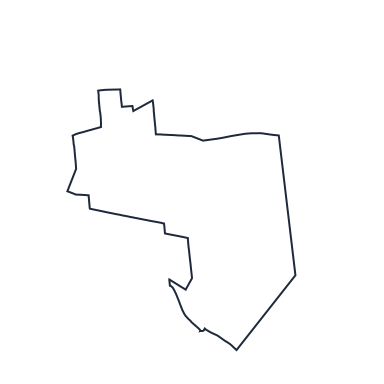 Comuna 9, Ciudad de Buenos Aires, Argentina, rotated 221°
{"feature_id": "61730980B27244915898287", "entity_name": "Comuna 9", "entity_type": "district", "adm_level": 2, "iso_a3": "ARG", "parent_name": "Argentina", "parent_adm1": "Ciudad de Buenos Aires", "projection": "mercator", "projection_center": [-58.49, -34.654], "detail": "fine", "context": "isolated", "style": "outline", "palette": "slate", "viewbox_px": 384, "rotation_deg": 221, "n_neighbors": 0, "source": "geoboundaries", "source_scale": "gbopen_adm2", "svg_char_len": 3886}
<svg xmlns="http://www.w3.org/2000/svg" viewBox="0 0 384 384"><g transform="rotate(221 192 192)"><path d="M163.6,291.6L163.9,291.4L164.1,291.3L164.2,291.2L165.7,290.1L166.2,289.8L167.5,288.8L171.3,286.3L171.9,285.9L173.5,284.9L175.0,283.9L177.4,282.4L178.2,281.8L179.0,281.2L179.6,280.7L180.8,279.6L182.1,278.4L184.1,276.7L185.6,275.4L190.2,270.7L190.7,270.1L196.1,263.6L199.0,260.1L199.6,259.3L203.0,254.9L204.0,253.6L204.8,252.6L205.6,251.6L206.3,250.8L207.0,249.9L208.7,247.8L209.3,247.2L212.9,243.1L217.3,238.1L217.7,237.9L221.6,236.5L224.1,235.6L224.4,235.5L229.1,233.8L229.6,233.4L231.4,232.0L231.9,231.6L232.7,231.0L236.2,228.3L239.7,225.5L243.3,222.8L246.8,220.0L249.1,218.2L250.3,217.2L251.2,216.5L251.8,216.1L253.1,215.1L253.9,214.5L254.2,214.2L254.5,214.0L254.9,213.6L257.1,211.8L258.7,213.4L259.2,213.9L260.7,215.3L261.4,216.1L264.0,218.5L268.6,222.9L269.3,223.5L271.5,225.7L271.7,225.8L272.8,226.9L274.2,228.2L274.7,228.8L275.1,229.3L277.4,231.4L280.0,233.8L281.5,235.1L281.8,235.3L283.8,229.9L286.6,222.2L288.8,216.3L289.4,214.6L289.9,215.0L291.2,216.0L292.2,216.8L292.9,217.4L292.9,217.5L293.4,217.8L300.8,210.3L302.7,212.1L304.0,213.3L304.6,213.8L306.0,215.1L306.3,215.4L306.8,215.9L308.2,217.2L308.5,217.5L310.5,219.4L311.3,220.2L311.8,220.6L312.0,220.9L313.4,222.2L313.5,222.3L314.9,221.0L322.9,213.7L323.3,213.3L324.3,212.4L324.4,212.2L324.7,212.0L325.8,210.8L328.1,208.4L329.3,206.9L327.3,205.1L326.5,204.4L325.8,203.7L325.1,202.9L324.5,202.2L322.9,200.5L322.3,199.9L321.0,198.6L320.9,198.6L320.8,198.4L319.6,197.3L317.0,194.8L316.4,194.4L316.1,193.9L315.4,193.3L312.9,191.3L311.2,189.7L309.6,188.2L308.6,187.2L308.0,186.5L305.9,184.3L305.6,184.0L305.3,183.7L304.9,183.0L303.5,181.6L303.4,181.5L303.3,181.4L304.1,180.1L306.2,176.9L307.5,175.0L308.1,174.0L308.5,173.5L308.8,172.9L310.2,170.9L313.6,165.6L315.6,162.8L317.7,159.3L319.1,156.2L318.9,156.0L318.4,155.7L317.5,155.0L314.7,152.4L312.5,150.3L311.8,149.8L310.9,149.2L309.6,147.9L308.9,147.3L304.6,143.1L304.0,142.5L299.5,138.3L294.6,133.4L294.4,132.8L292.0,126.1L291.8,125.4L291.6,125.0L290.2,121.0L289.9,120.2L288.5,116.2L286.8,111.6L286.5,110.8L282.2,112.4L277.9,113.9L274.3,116.8L270.8,119.5L267.8,121.7L267.0,120.8L265.1,119.0L261.9,115.9L258.9,113.0L258.1,112.4L252.2,115.7L250.8,116.5L249.2,117.4L246.7,118.8L245.6,119.4L241.1,121.9L237.1,124.2L234.4,125.7L233.3,126.4L231.6,127.4L230.8,127.8L229.9,128.3L228.6,129.0L225.1,131.1L221.8,132.9L220.9,133.5L218.2,135.0L215.0,136.9L214.7,137.0L212.3,138.4L212.0,138.6L211.3,139.0L210.9,139.2L209.7,139.9L206.8,141.6L204.0,143.2L198.8,146.3L194.2,149.0L193.9,149.1L193.7,149.1L193.3,149.3L192.4,149.9L192.0,149.5L188.0,145.7L187.0,144.7L185.2,143.0L181.1,145.3L177.0,147.7L173.0,150.0L169.0,152.3L164.9,154.5L162.8,152.4L160.9,150.5L158.9,148.6L156.9,146.8L156.4,146.4L151.8,142.1L147.1,137.8L146.6,137.4L142.5,133.5L137.8,129.2L135.6,127.1L135.4,126.8L134.5,122.5L133.5,117.8L132.9,114.8L132.7,114.2L137.3,113.4L151.7,111.1L151.5,110.8L149.9,109.3L149.1,108.6L147.2,106.8L146.7,107.2L146.1,107.2L144.0,107.2L141.5,106.4L139.3,105.5L137.2,104.6L136.5,104.3L136.1,104.0L134.8,103.4L132.1,102.0L129.5,100.7L129.1,100.4L128.9,100.3L127.4,99.5L125.9,98.7L124.8,98.1L124.5,98.0L121.7,96.5L119.4,95.6L118.8,95.3L115.7,94.3L113.7,94.1L111.5,93.8L108.8,93.8L106.9,93.4L105.9,93.4L101.3,93.4L100.5,93.4L100.2,93.4L99.9,93.4L99.1,93.4L98.4,93.4L98.1,93.4L97.8,93.4L96.8,93.3L96.6,93.3L95.9,93.2L95.3,93.1L94.8,93.0L94.6,92.4L94.2,93.0L93.5,93.4L92.6,94.4L92.3,95.3L92.4,95.8L92.8,97.3L91.5,97.3L91.3,97.3L86.3,98.2L83.6,98.9L82.7,99.2L78.9,100.3L78.6,100.4L73.5,100.9L68.4,101.4L67.8,101.7L66.5,101.8L65.1,102.0L64.3,102.1L63.3,102.2L62.0,102.2L61.3,102.2L60.6,102.2L59.8,102.1L59.0,102.1L58.7,102.1L57.8,102.0L57.1,102.0L56.9,102.0L56.2,102.0L55.0,101.9L54.9,101.9L54.7,101.9L59.2,195.0L59.3,197.0L163.6,291.6Z" fill="none" stroke="#1e293b" stroke-width="2"/></g></svg>